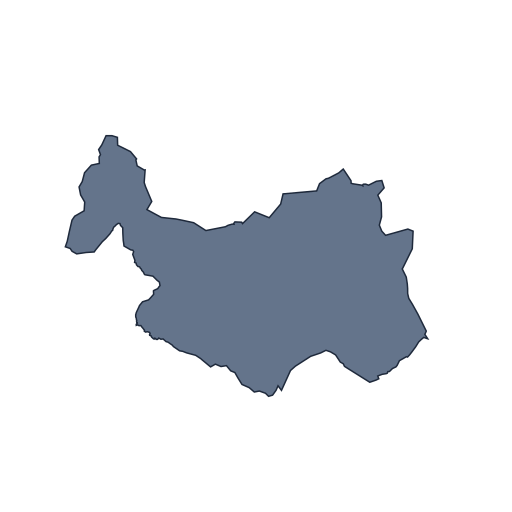 outline of Livadi, Paphos, Cyprus, rotated 116°
{"feature_id": "46923920B69723035623525", "entity_name": "Livadi", "entity_type": "district", "adm_level": 2, "iso_a3": "CYP", "parent_name": "Cyprus", "parent_adm1": "Paphos", "projection": "robinson", "projection_center": [32.608, 35.096], "detail": "fine", "context": "isolated", "style": "filled", "palette": "slate", "viewbox_px": 512, "rotation_deg": 116, "n_neighbors": 0, "source": "geoboundaries", "source_scale": "gbopen_adm2", "svg_char_len": 3105}
<svg xmlns="http://www.w3.org/2000/svg" viewBox="0 0 512 512"><g transform="rotate(116 256 256)"><path d="M280.4,75.5L277.5,74.6L274.2,73.9L270.9,73.3L267.7,72.7L261.9,72.1L258.4,70.8L255.6,69.5L255.2,65.9L255.1,65.4L252.4,69.9L249.3,70.0L248.8,70.1L237.3,85.0L230.8,94.3L227.1,100.1L223.3,103.2L218.7,105.5L214.9,107.7L209.1,111.7L203.5,118.9L202.4,118.8L181.0,118.7L164.8,125.7L165.2,131.3L180.6,148.6L178.6,153.7L178.5,153.8L178.3,154.1L174.2,158.7L165.8,160.3L153.4,166.7L147.9,173.2L138.6,170.7L133.0,176.0L136.1,180.6L143.0,185.9L143.3,188.8L144.4,191.0L145.4,191.3L146.1,190.8L146.0,192.1L148.7,200.8L148.9,202.4L146.7,203.6L139.6,215.7L140.0,215.9L145.1,218.1L154.4,225.0L155.9,226.9L163.1,230.6L170.9,230.0L188.3,258.9L198.5,256.6L215.8,260.9L216.9,276.6L232.8,282.3L231.9,283.7L234.6,289.9L236.5,290.3L237.1,289.7L237.8,291.4L240.7,294.6L243.1,296.3L255.1,312.2L253.4,326.6L256.2,338.0L257.8,344.1L262.8,357.9L262.5,365.6L262.1,374.4L252.7,373.6L242.0,385.8L239.0,388.7L227.2,393.4L227.7,394.1L227.1,402.3L222.3,406.1L221.1,405.9L217.2,414.6L217.1,428.9L210.1,432.6L211.0,438.2L213.6,443.5L223.7,443.3L229.3,444.1L233.1,440.2L235.7,440.5L241.5,437.4L246.5,443.8L256.3,446.6L265.3,444.8L271.5,445.3L278.0,440.4L282.6,433.6L290.7,430.3L299.7,436.4L304.4,437.1L315.8,434.5L325.5,432.1L331.3,431.4L330.7,426.3L332.4,423.4L332.7,418.1L327.3,410.2L323.3,403.2L320.8,402.8L310.5,400.4L306.1,398.7L300.0,397.0L296.6,396.6L295.9,396.1L294.0,396.5L292.4,396.5L290.6,395.7L289.2,395.3L287.1,394.2L286.5,392.5L287.9,391.2L289.0,388.2L294.2,385.5L300.3,382.1L302.6,380.5L304.9,379.0L305.4,371.2L304.8,369.2L305.7,367.9L308.6,367.5L313.0,362.9L315.0,362.3L314.9,360.7L316.3,359.6L317.2,357.5L316.8,356.0L317.2,355.1L317.7,354.7L318.1,353.3L319.0,352.4L319.9,350.1L321.2,348.5L321.5,348.0L321.4,347.1L319.3,339.8L321.2,334.3L321.8,331.4L324.7,329.3L326.7,329.8L328.4,330.0L331.6,332.6L332.3,332.9L335.3,331.2L340.0,332.5L342.5,333.3L346.9,337.9L351.6,339.0L353.3,338.9L359.2,338.8L361.8,338.3L362.2,338.0L363.5,337.4L364.3,336.4L365.2,335.9L366.2,334.9L366.8,334.9L367.3,334.5L368.1,334.0L368.0,333.5L368.5,333.2L369.9,333.7L370.8,333.2L369.9,332.4L369.9,330.6L369.0,329.0L369.9,327.4L370.3,326.4L371.6,323.7L372.5,323.5L372.8,321.9L371.7,320.5L371.3,318.2L372.2,317.2L373.4,317.2L373.9,316.8L373.7,315.4L374.6,314.4L375.4,311.7L375.2,311.0L374.3,311.0L374.2,310.2L374.7,309.2L374.1,307.9L372.4,307.4L372.5,305.0L371.3,303.1L372.4,299.2L372.0,297.6L372.8,292.2L373.6,290.5L374.7,283.1L373.8,280.0L373.5,276.0L371.7,266.7L372.4,261.2L375.6,248.2L371.0,245.1L370.7,239.0L367.5,234.5L370.3,228.4L370.0,223.9L373.5,218.8L377.6,212.3L377.3,204.4L379.0,197.9L375.9,193.8L375.2,187.3L376.6,183.2L373.8,180.1L367.9,179.1L363.0,179.3L365.6,174.2L343.8,174.8L337.7,172.3L334.6,170.4L322.2,162.9L314.8,155.4L310.1,151.8L309.5,147.1L310.0,141.1L314.4,133.7L314.6,130.3L316.4,128.1L317.0,122.7L319.6,98.4L314.9,93.7L312.5,91.8L310.5,94.0L307.0,90.7L304.6,87.3L303.7,86.6L302.1,86.8L301.3,85.4L297.3,84.0L294.3,81.6L292.4,81.2L287.2,81.2L280.6,76.7L280.4,75.5Z" fill="#64748b" stroke="#1e293b" stroke-width="1.5"/></g></svg>